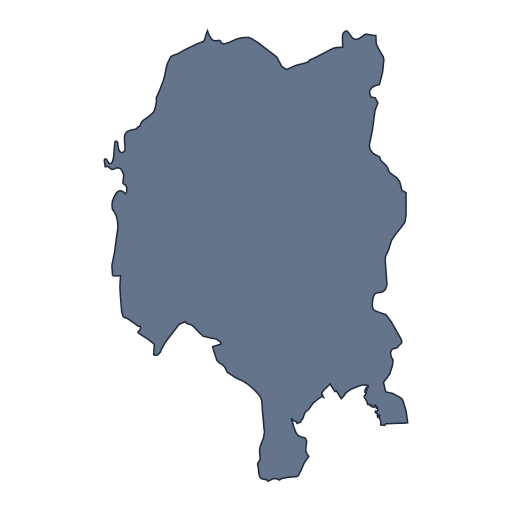 Krong Buk, Đắk Lắk, Vietnam (Equal Earth projection)
{"feature_id": "81297802B2573632778711", "entity_name": "Krong Buk", "entity_type": "district", "adm_level": 2, "iso_a3": "VNM", "parent_name": "Vietnam", "parent_adm1": "Đắk Lắk", "projection": "equal_earth", "projection_center": [108.229, 13.013], "detail": "fine", "context": "isolated", "style": "filled", "palette": "slate", "viewbox_px": 512, "rotation_deg": 0, "n_neighbors": 0, "source": "geoboundaries", "source_scale": "gbopen_adm2", "svg_char_len": 5984}
<svg xmlns="http://www.w3.org/2000/svg" viewBox="0 0 512 512"><path d="M407.7,422.8L406.2,411.6L403.3,401.4L401.9,398.8L399.6,397.1L392.8,393.5L385.7,391.8L383.5,382.2L386.4,378.7L389.8,373.9L392.5,365.4L393.1,360.0L391.2,356.9L390.5,352.4L392.1,349.2L397.3,347.7L398.7,345.8L400.7,344.0L401.9,342.2L401.1,339.1L391.4,322.0L386.0,314.7L377.3,311.7L374.2,310.3L372.6,307.9L372.3,304.7L372.7,299.8L373.8,295.6L374.9,293.8L376.6,292.9L382.1,292.2L385.3,289.7L387.0,284.8L385.2,260.0L385.6,256.1L388.6,249.8L391.5,240.4L396.2,233.5L402.3,225.9L404.9,222.2L406.0,215.8L406.1,200.5L406.0,192.6L401.8,190.4L401.1,186.7L399.6,181.5L397.0,178.0L389.3,172.3L387.9,168.1L386.2,165.5L380.8,160.5L380.1,158.0L379.2,156.7L373.2,153.5L370.1,149.5L369.3,145.1L370.9,137.7L372.4,130.3L375.0,110.7L377.9,102.9L375.3,97.9L370.8,96.9L369.5,92.2L369.9,90.4L371.8,87.7L374.9,85.8L379.5,84.5L382.6,72.0L383.9,59.8L383.3,56.7L379.1,49.7L376.2,43.8L375.9,35.5L373.2,35.3L369.7,34.8L367.1,34.2L365.1,34.3L358.7,38.8L355.9,39.4L352.9,38.5L350.6,35.5L347.1,31.0L345.9,31.0L344.2,32.0L343.2,33.4L342.5,35.2L342.5,39.4L342.7,47.4L340.4,47.3L336.2,47.6L333.3,48.2L315.3,57.5L309.7,60.0L308.2,61.8L305.3,63.0L296.4,65.2L286.5,69.5L281.5,66.3L281.5,66.1L280.5,64.0L276.7,57.0L272.8,53.9L266.8,49.4L257.6,42.3L250.9,38.3L248.6,37.4L245.9,37.4L241.3,37.8L236.7,39.0L228.8,42.5L224.2,43.9L222.4,43.5L221.2,42.4L220.2,40.7L219.4,40.4L218.0,40.4L216.4,40.8L213.8,40.6L212.0,39.6L210.4,37.3L208.7,34.3L207.5,30.7L206.1,34.2L204.9,39.0L203.5,41.4L197.7,43.6L185.9,49.2L177.9,53.7L172.7,55.5L170.7,56.8L167.6,63.0L166.2,67.6L164.7,75.6L163.2,81.0L159.7,90.0L156.3,97.8L156.4,102.0L155.6,106.2L154.7,109.5L153.9,111.4L153.0,112.6L151.4,114.2L149.3,116.0L143.2,120.4L141.6,122.1L140.7,123.9L140.0,126.0L137.8,127.0L136.4,128.9L131.0,130.1L127.8,131.2L126.7,131.9L125.7,133.2L124.7,135.0L124.4,138.1L124.9,145.8L125.0,148.5L124.9,150.4L124.2,151.4L122.7,152.5L121.3,152.6L119.7,151.5L118.6,149.1L118.2,146.7L117.7,142.9L117.4,142.0L116.7,141.4L115.8,141.1L115.4,141.3L114.8,142.4L113.6,156.6L112.9,160.3L112.0,162.6L111.2,163.3L110.1,163.6L108.9,163.3L106.7,159.5L105.7,159.0L105.1,159.0L104.5,159.3L104.3,160.5L105.1,166.7L107.4,166.6L108.6,166.9L110.9,169.0L112.3,169.5L113.6,169.2L116.4,167.9L119.2,168.1L120.7,168.8L122.7,172.2L123.8,175.2L122.9,181.9L122.9,182.9L123.4,183.9L124.6,184.5L126.0,186.0L126.7,187.5L126.7,191.4L126.1,193.0L125.5,193.6L124.6,193.1L122.8,191.5L121.2,190.8L119.4,190.8L117.6,191.7L116.3,193.0L113.8,197.5L112.4,201.3L112.0,204.6L112.2,208.1L112.5,209.5L114.4,212.1L116.2,215.6L117.5,221.1L117.9,225.5L117.8,228.7L116.5,237.1L114.5,252.3L112.1,264.2L111.9,267.1L112.3,270.9L112.5,275.2L113.0,275.6L114.9,276.0L120.5,275.7L119.9,286.9L120.3,294.8L121.6,311.4L123.0,316.4L124.3,317.5L127.6,318.7L134.4,323.3L137.8,326.1L140.3,326.5L140.5,328.0L140.2,329.6L138.0,332.0L138.0,332.4L138.7,333.3L142.4,335.7L146.7,338.3L153.4,343.4L154.3,344.6L154.1,347.7L153.6,354.8L154.4,355.1L155.6,355.3L157.4,355.0L160.3,352.3L161.5,349.3L165.4,342.2L179.1,324.4L185.4,321.6L186.4,323.3L188.3,324.1L191.4,324.9L193.7,326.7L198.3,331.6L203.2,336.3L209.6,337.7L216.5,339.1L220.4,342.2L221.1,344.0L219.1,344.7L212.6,346.7L214.2,352.3L216.8,360.1L218.2,361.9L220.0,363.4L222.1,364.4L224.6,367.0L227.3,372.3L236.4,378.2L242.3,380.8L248.0,384.3L254.2,389.7L259.9,396.0L261.8,400.4L262.4,410.9L263.3,420.2L264.0,428.9L264.5,431.5L264.2,433.8L263.4,438.2L260.6,445.1L259.5,449.6L259.8,454.6L260.3,459.3L257.8,463.2L257.6,463.9L257.7,465.3L257.8,465.8L258.2,466.8L258.4,468.7L258.6,471.9L259.1,474.8L259.9,477.1L260.6,478.1L262.3,479.0L266.8,479.9L267.3,480.4L268.0,481.3L273.3,478.6L276.3,478.8L278.0,479.2L279.3,480.1L281.8,478.5L288.5,477.3L296.9,476.6L298.3,475.7L300.8,470.9L304.2,463.0L308.8,456.3L307.0,454.0L305.9,451.2L305.7,448.5L306.5,443.3L306.6,440.9L306.0,439.5L305.0,437.8L302.4,437.3L298.5,435.8L296.2,433.2L293.7,426.7L291.9,420.1L291.4,418.8L291.5,418.7L292.0,419.0L292.4,419.5L293.0,420.4L293.5,420.8L295.1,421.1L296.3,421.9L297.0,423.3L297.1,423.5L297.4,423.4L298.0,423.0L299.4,422.7L300.3,422.2L300.5,422.1L301.3,420.2L301.5,419.9L302.5,419.2L302.8,418.7L303.9,415.5L305.0,412.5L308.1,409.8L309.6,408.2L313.4,402.7L314.8,401.8L317.8,399.3L321.8,396.3L323.5,397.3L321.6,393.0L323.7,390.3L330.1,384.0L334.1,390.4L334.9,391.6L336.3,390.8L341.2,398.7L343.1,396.8L344.9,394.6L345.9,392.9L350.3,389.6L358.5,386.2L362.5,384.9L368.0,385.4L368.2,386.8L368.1,387.1L368.0,387.3L367.8,387.5L367.6,387.4L366.7,387.1L366.4,387.3L366.3,388.0L366.4,388.4L366.6,388.8L367.1,389.2L367.2,389.8L367.0,390.0L366.7,390.0L366.5,389.9L366.2,389.1L366.1,388.9L365.9,388.7L365.6,388.9L365.1,389.9L364.9,391.2L364.9,392.2L365.2,392.3L365.8,391.9L365.9,392.0L366.1,392.1L366.2,392.3L366.2,392.6L365.7,393.5L365.7,393.8L365.7,394.5L365.6,394.9L365.5,395.1L364.9,395.2L364.7,395.3L364.4,395.7L364.3,396.6L364.3,397.3L365.1,398.6L366.0,399.8L366.7,401.4L367.2,402.2L367.3,402.8L367.3,403.6L367.4,404.0L367.7,404.5L367.8,404.5L368.2,404.6L369.7,404.4L369.9,404.7L369.9,405.2L370.0,405.4L370.3,405.7L370.5,405.7L371.2,405.3L371.4,405.3L371.7,405.4L371.7,405.7L371.6,406.5L371.8,406.8L372.1,406.9L373.1,406.8L374.0,407.3L374.3,407.2L374.9,405.5L375.0,405.3L375.4,405.1L375.7,405.1L376.0,405.4L376.1,406.1L376.1,407.5L376.2,408.1L376.3,408.2L376.6,408.2L377.4,407.4L377.8,407.4L377.9,407.6L377.9,407.8L377.8,408.4L377.7,408.9L377.6,410.3L377.5,410.6L377.3,411.0L377.1,411.2L376.7,411.3L376.4,411.3L375.6,411.1L375.4,411.1L375.3,411.3L375.2,411.9L375.2,412.2L375.7,412.8L376.5,413.1L376.9,413.4L377.2,413.7L377.4,414.4L377.4,415.7L377.4,416.4L377.6,417.1L377.8,417.2L378.1,417.3L378.3,417.0L378.8,415.8L379.2,415.1L379.5,415.0L379.7,415.5L379.4,416.0L379.3,416.7L379.2,417.1L379.3,417.8L379.4,418.2L380.1,419.8L380.7,421.5L380.8,422.2L380.6,424.6L380.7,424.9L380.9,425.1L383.8,425.2L384.1,425.5L384.5,425.5L385.2,424.8L385.5,424.3L385.7,423.8L397.8,423.3L404.1,423.2L407.7,422.8Z" fill="#64748b" stroke="#1e293b" stroke-width="1.5"/></svg>